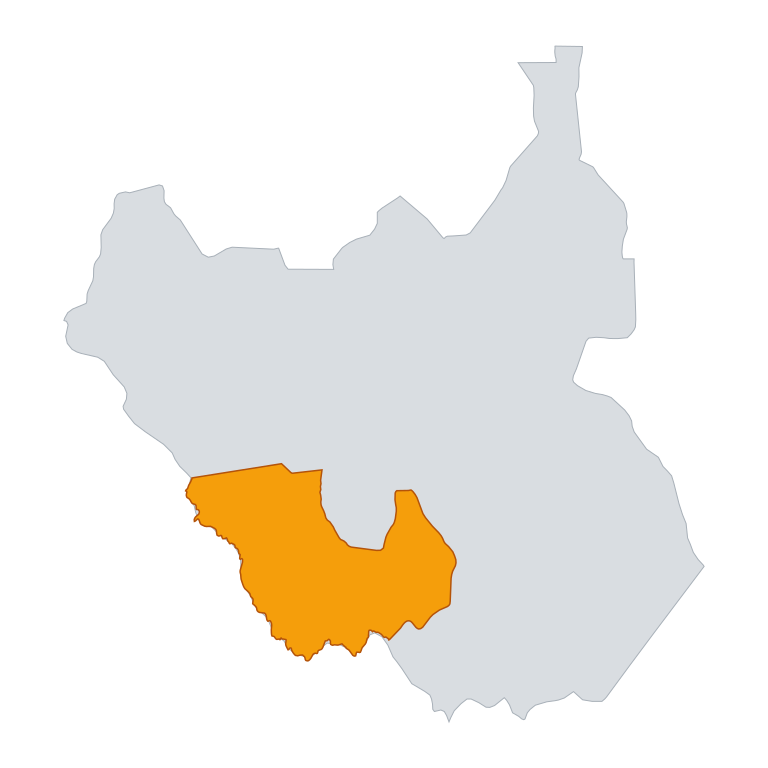 South Sudan, with Western Equatoria highlighted
{"feature_id": "SDS-864", "entity_name": "Western Equatoria", "entity_type": "State", "adm_level": 1, "iso_a3": "SSD", "parent_name": "South Sudan", "parent_adm1": "", "projection": "equal_earth", "projection_center": [28.334, 5.546], "detail": "fine", "context": "in_parent", "style": "filled", "palette": "amber", "viewbox_px": 768, "rotation_deg": 0, "n_neighbors": 0, "source": "natural_earth", "source_scale": "10m", "svg_char_len": 8211}
<svg xmlns="http://www.w3.org/2000/svg" viewBox="0 0 768 768"><path d="M629.9,665.2L606.5,697.0L604.8,698.9L601.9,701.4L592.4,701.4L582.6,699.8L573.5,691.6L564.3,698.0L558.5,700.0L555.0,700.7L546.8,701.8L535.3,705.2L530.1,709.4L527.3,712.8L525.0,719.0L523.8,719.7L521.7,718.9L518.8,716.4L512.6,712.8L509.5,704.9L506.6,700.2L504.3,697.7L494.6,705.5L489.8,707.4L486.0,707.2L478.9,702.7L471.1,699.0L467.0,699.0L461.0,703.7L454.2,710.8L450.7,717.8L449.0,721.9L446.6,715.5L444.3,711.5L440.9,710.0L434.4,711.5L432.8,709.3L432.5,703.9L431.5,698.9L429.9,695.1L424.8,691.4L411.8,683.7L401.8,668.5L396.7,661.5L393.0,656.9L387.8,645.0L381.9,636.7L374.7,632.9L369.9,634.8L365.0,643.6L355.8,651.9L351.6,652.2L346.1,647.7L339.3,644.5L327.1,643.1L322.0,647.0L315.4,653.4L309.8,657.1L306.3,657.6L303.1,656.1L299.4,655.2L296.2,655.1L289.7,649.3L286.3,645.1L284.0,641.0L280.4,638.2L276.0,635.9L272.9,632.2L271.4,627.7L269.0,621.9L265.8,616.6L255.8,607.2L252.8,601.6L250.8,596.2L246.7,590.2L242.3,582.1L240.9,570.4L240.7,561.0L239.8,556.6L238.0,552.2L235.8,548.5L232.4,544.3L224.2,538.3L215.8,531.2L211.8,527.1L204.2,525.7L199.6,521.6L195.8,512.8L194.2,505.7L190.4,500.3L188.7,496.3L187.8,491.7L190.9,477.7L186.4,472.8L179.8,466.4L175.1,459.4L172.2,452.9L163.7,444.4L145.2,431.7L134.5,423.6L128.7,416.3L123.6,409.2L123.1,406.3L126.4,399.2L126.9,393.3L124.2,386.9L113.2,374.7L104.3,361.3L97.7,357.2L81.5,353.5L76.9,352.0L72.1,349.4L67.3,343.4L65.7,336.3L68.1,324.9L66.6,321.4L63.9,320.5L64.7,318.1L67.8,312.6L72.7,309.0L86.1,303.4L86.8,301.2L87.1,294.1L88.2,290.6L92.8,280.8L93.5,276.8L93.7,268.5L94.4,264.5L95.7,261.7L99.4,256.8L100.6,253.9L101.2,247.5L100.9,234.8L102.7,229.7L111.2,218.2L113.4,213.1L114.2,208.5L114.1,203.8L114.7,199.2L117.2,194.7L119.3,193.3L125.5,191.9L129.7,192.8L159.1,184.9L162.5,186.0L164.1,190.7L163.9,198.1L164.4,201.7L166.0,204.3L170.6,207.8L173.9,213.8L175.6,215.9L180.3,220.0L202.1,254.0L208.3,257.2L214.3,256.0L226.2,249.0L232.1,247.2L273.8,249.2L278.4,248.1L278.7,248.3L285.0,265.3L288.1,269.2L333.7,269.4L332.9,264.6L333.4,259.1L341.5,248.7L342.6,247.5L349.7,242.5L356.5,239.1L369.8,235.2L374.6,229.1L377.3,223.4L377.3,212.3L379.1,210.5L382.2,208.0L397.5,198.0L400.1,196.0L427.2,219.0L442.4,237.2L443.3,238.1L444.1,238.5L444.9,237.8L445.6,237.0L447.4,236.2L453.9,235.9L466.2,235.0L470.2,232.9L494.8,200.3L501.0,189.9L502.6,187.8L506.1,180.4L509.8,167.7L510.6,166.2L537.4,135.8L538.4,133.4L538.6,131.4L534.5,121.2L533.6,116.0L533.4,108.0L534.1,95.5L533.8,87.7L533.4,85.5L533.2,85.1L518.1,62.7L556.1,62.5L556.1,59.7L556.0,58.8L555.2,56.1L554.8,52.5L554.8,50.6L555.0,48.7L555.1,47.7L554.9,46.8L555.0,46.4L555.1,46.1L582.4,46.5L582.1,52.9L578.9,67.7L579.0,76.7L578.3,86.8L577.3,89.9L576.0,92.3L575.5,93.5L575.5,94.7L581.5,151.8L581.1,154.2L579.6,157.7L579.2,158.9L579.1,159.8L579.7,160.4L592.4,166.6L593.0,167.0L593.5,167.5L598.1,174.9L623.0,202.0L623.9,203.4L626.5,211.9L626.8,213.2L626.9,215.2L626.9,216.8L626.3,221.9L626.5,224.2L626.9,225.7L627.3,227.5L627.3,228.0L627.1,229.3L623.4,239.2L622.3,246.2L621.9,252.1L622.2,255.5L622.6,257.7L623.0,258.6L623.3,258.9L634.1,258.9L634.0,262.1L635.7,313.8L635.8,319.6L635.4,326.9L634.1,329.8L631.1,333.9L627.3,337.7L617.7,338.6L609.6,338.5L603.9,337.7L596.1,337.3L588.7,338.1L586.0,341.3L576.4,368.9L573.4,375.7L572.7,379.8L573.6,382.2L577.4,385.6L585.8,390.5L595.3,393.4L602.5,394.6L607.3,396.0L611.1,397.5L624.7,410.0L629.1,415.8L631.6,420.9L632.2,426.4L634.2,432.0L646.6,449.2L658.4,457.3L663.0,466.5L667.4,471.0L671.6,475.8L673.8,483.0L679.0,503.7L682.5,514.6L686.1,523.5L687.6,538.0L690.4,544.5L693.3,552.4L698.1,559.5L703.2,565.0L704.1,566.4L653.1,634.1L629.9,665.2Z" fill="#d9dde1" stroke="#a8b0b8" stroke-width="1"/><path d="M196.8,509.6L196.2,509.1L196.2,507.3L196.0,505.3L195.1,504.4L192.7,503.7L191.6,502.8L190.3,500.3L189.3,499.0L188.2,498.2L187.3,497.7L186.7,497.0L186.3,495.4L186.4,494.0L186.8,492.5L186.7,491.4L185.6,490.9L186.0,490.0L186.5,489.5L187.1,489.0L187.6,488.5L188.7,485.3L190.5,482.1L191.5,479.7L191.9,478.9L191.9,478.0L193.4,477.7L281.5,463.7L290.8,472.5L291.3,472.8L292.1,473.2L292.8,473.2L322.0,469.9L320.6,480.3L321.0,483.7L320.4,486.5L320.8,489.6L319.9,492.3L320.6,494.8L321.2,499.2L320.8,502.0L321.0,504.4L321.5,506.3L323.7,510.9L324.8,513.8L325.8,517.8L327.3,520.1L329.9,522.0L333.3,526.9L334.8,530.2L339.1,537.7L340.6,539.5L342.5,540.3L344.2,541.2L345.3,542.2L346.4,543.2L347.3,544.8L349.2,546.3L351.3,547.1L376.5,550.4L380.5,550.3L383.4,548.1L384.1,544.4L385.9,537.2L387.1,534.3L391.1,527.2L393.3,524.5L394.3,522.4L395.3,518.8L396.3,511.2L396.3,507.7L395.7,504.7L395.0,499.8L395.2,493.0L395.9,491.5L396.8,490.7L408.4,490.5L411.0,490.0L412.0,490.7L413.1,491.8L415.1,494.4L417.0,497.7L422.9,513.6L425.5,517.7L432.4,526.2L438.8,532.8L441.1,535.7L442.5,538.1L444.0,541.7L445.2,543.5L448.6,546.6L452.8,551.8L454.5,555.7L455.8,559.6L456.0,562.9L455.4,565.7L452.7,571.1L451.7,574.5L451.1,578.3L450.2,601.2L450.0,602.8L449.9,603.8L449.5,604.6L448.8,605.5L447.5,606.5L439.5,610.0L433.0,614.5L430.3,617.2L422.7,627.2L420.7,628.6L418.8,629.0L417.4,628.5L415.9,627.3L412.2,622.7L410.9,621.5L409.6,620.9L408.1,620.8L406.9,621.1L405.4,622.0L404.1,623.2L402.7,624.9L400.5,628.1L389.9,639.2L388.3,640.4L388.6,640.0L388.8,639.1L388.1,638.6L387.5,638.2L386.2,637.2L385.8,637.0L384.5,637.4L384.1,637.3L383.3,636.6L381.6,634.6L380.9,634.0L378.5,632.5L377.8,632.3L376.1,632.3L374.3,631.3L373.7,631.0L373.3,631.1L372.4,631.7L372.2,631.4L371.6,630.6L371.3,630.4L370.1,630.1L369.2,630.3L368.7,631.3L368.6,634.0L368.4,635.3L368.5,636.1L368.4,637.0L367.3,638.3L366.9,639.2L366.5,641.0L366.1,642.5L365.3,644.0L362.4,647.4L361.8,648.5L361.2,650.4L360.4,652.2L359.4,652.5L358.3,652.2L356.8,652.2L356.2,653.2L356.0,654.6L355.6,655.9L354.2,656.1L352.8,655.3L349.2,650.3L348.5,649.7L346.2,648.3L345.9,647.3L345.3,647.0L342.5,644.5L342.0,643.8L338.5,645.0L337.3,645.1L334.5,644.8L332.8,645.2L332.2,645.2L330.7,644.4L330.4,642.9L330.4,641.1L329.5,639.6L328.7,639.3L328.2,639.6L327.7,640.3L326.9,640.8L325.8,640.8L325.3,640.9L322.9,647.2L322.0,648.8L321.1,649.5L318.8,650.3L318.1,650.9L317.8,651.7L317.7,652.6L317.3,653.3L316.8,653.5L316.2,653.4L315.7,653.3L315.1,653.2L313.8,653.7L313.0,654.4L310.8,658.4L309.7,659.7L308.5,660.7L307.2,660.9L305.8,660.4L305.3,659.6L305.1,658.5L304.6,656.9L302.6,655.0L300.2,655.1L297.7,655.8L295.4,655.4L294.3,654.3L293.2,652.9L291.6,650.1L291.4,648.6L291.0,648.0L290.1,647.9L289.6,648.3L288.6,649.7L288.0,649.8L286.3,646.4L286.0,645.6L285.8,645.0L285.7,644.4L285.7,643.6L285.9,641.8L286.1,640.4L286.0,639.6L283.0,639.0L282.3,639.1L282.0,639.0L281.4,638.2L281.1,638.0L280.6,638.4L280.3,638.7L280.4,638.8L280.3,639.3L280.2,639.6L279.9,639.7L278.9,639.1L278.6,639.1L276.9,639.4L276.5,639.3L275.8,638.8L274.7,637.3L274.2,636.6L273.7,636.4L272.3,636.0L272.0,636.0L271.6,634.8L271.4,632.9L271.3,629.7L271.7,625.2L271.5,623.5L271.3,622.8L270.9,621.9L270.4,621.1L269.9,620.7L269.4,620.7L268.2,621.2L267.8,621.2L267.1,620.3L266.7,619.1L266.2,615.8L265.5,614.0L264.5,613.1L259.4,612.4L258.2,611.8L257.2,610.7L256.9,609.9L256.6,608.2L256.4,607.5L255.9,606.7L254.1,604.9L253.7,604.7L253.3,604.4L253.0,604.0L252.7,603.6L253.1,600.2L253.0,599.1L252.4,598.1L250.7,596.5L249.8,593.5L248.2,591.7L244.9,588.7L243.7,586.7L242.8,584.4L241.2,579.5L241.0,578.4L240.7,574.5L240.2,572.6L240.1,571.6L240.2,570.4L242.6,561.9L242.5,561.2L242.6,559.8L242.4,559.1L241.8,558.6L241.4,558.7L241.1,558.9L240.9,559.0L240.6,559.1L240.4,559.3L240.1,559.2L239.7,558.5L239.7,557.9L239.9,556.8L240.0,555.5L240.2,555.0L240.1,554.5L239.1,553.6L238.9,553.3L238.7,552.8L238.7,552.1L238.5,550.9L238.1,549.7L237.4,548.7L236.6,548.2L235.4,547.7L235.1,547.1L235.1,546.2L234.7,545.0L234.2,544.5L231.7,543.2L231.2,543.2L230.2,543.7L229.6,543.7L229.3,543.3L228.8,542.1L227.8,541.0L227.1,538.8L226.5,537.9L224.0,538.8L222.7,538.7L222.0,537.3L221.5,535.6L220.8,535.4L219.8,535.9L218.5,536.0L217.1,535.2L216.7,533.8L216.3,530.3L215.7,529.3L214.7,528.4L210.6,526.3L206.5,526.5L204.7,526.2L201.3,524.6L200.4,523.7L199.8,522.3L199.3,520.6L198.7,519.3L197.7,518.9L195.4,521.0L194.4,521.4L194.2,519.7L194.7,518.2L195.6,516.9L196.8,515.8L197.8,515.0L198.8,514.0L199.3,512.6L199.3,511.1L198.5,509.9L197.6,509.5L196.8,509.6Z" fill="#f59e0b" stroke="#b45309" stroke-width="1.5"/></svg>